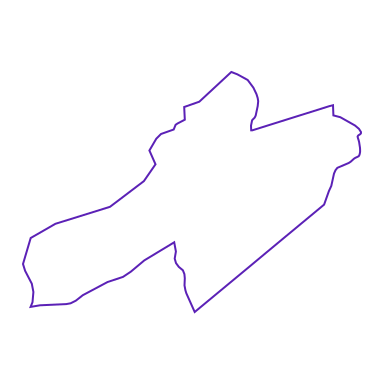 the border of Neuchâtel
{"feature_id": "CHE-161", "entity_name": "Neuchâtel", "entity_type": "Canton", "adm_level": 1, "iso_a3": "CHE", "parent_name": "Switzerland", "parent_adm1": "", "projection": "albers", "projection_center": [6.837, 47.007], "detail": "fine", "context": "isolated", "style": "outline", "palette": "violet", "viewbox_px": 384, "rotation_deg": 0, "n_neighbors": 0, "source": "natural_earth", "source_scale": "10m", "svg_char_len": 1235}
<svg xmlns="http://www.w3.org/2000/svg" viewBox="0 0 384 384"><path d="M30.6,306.9L32.5,302.2L33.4,292.0L31.8,283.7L25.1,270.8L23.0,264.0L30.7,238.0L55.4,223.8L110.0,206.8L143.9,181.1L155.5,164.3L149.4,150.5L156.3,138.7L161.0,134.0L173.7,129.5L175.6,124.8L177.5,123.5L184.8,119.7L184.2,107.0L199.3,101.7L231.3,72.0L237.3,74.3L247.7,80.0L253.4,87.7L256.5,94.2L257.7,98.1L258.2,101.2L257.7,106.1L255.7,115.5L255.2,116.6L254.6,117.7L252.7,119.6L252.1,120.3L251.0,125.7L251.2,130.3L252.4,130.3L329.5,106.1L333.0,105.2L333.4,115.4L340.3,117.2L355.0,125.5L359.0,128.9L361.0,132.1L360.9,133.4L360.2,134.2L358.9,135.0L358.1,135.6L357.6,136.5L357.8,137.6L358.2,138.9L358.6,140.1L359.1,142.0L360.0,147.8L360.1,149.8L360.1,151.8L359.9,153.1L359.5,154.8L358.7,156.2L357.2,157.0L355.4,157.8L354.0,158.7L350.7,161.7L348.7,163.0L337.4,167.8L335.5,170.2L334.0,173.6L331.3,185.9L328.9,191.1L324.1,204.6L286.0,236.2L266.5,252.4L250.2,266.0L194.7,312.0L186.3,293.2L185.4,290.2L184.5,285.4L184.8,278.3L184.4,274.1L182.9,270.3L178.8,266.9L176.0,263.1L174.7,258.6L175.9,251.5L174.2,242.3L144.3,260.4L130.8,271.7L123.0,276.9L107.6,282.0L82.8,295.2L75.8,300.7L70.6,303.3L66.2,304.1L40.0,305.3L30.6,306.9Z" fill="none" stroke="#5b21b6" stroke-width="2"/></svg>